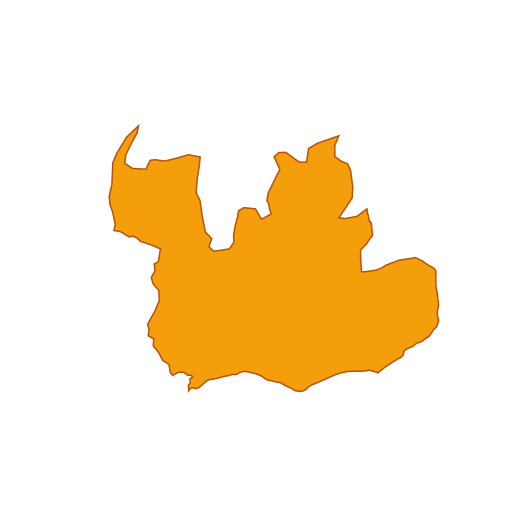 Maseru (Berea Distict), Berea, Lesotho (Equal Earth projection), rotated 228°
{"feature_id": "5366337B16311168562684", "entity_name": "Maseru (Berea Distict)", "entity_type": "district", "adm_level": 2, "iso_a3": "LSO", "parent_name": "Lesotho", "parent_adm1": "Berea", "projection": "equal_earth", "projection_center": [27.544, -29.28], "detail": "fine", "context": "isolated", "style": "filled", "palette": "amber", "viewbox_px": 512, "rotation_deg": 228, "n_neighbors": 0, "source": "geoboundaries", "source_scale": "gbopen_adm2", "svg_char_len": 4760}
<svg xmlns="http://www.w3.org/2000/svg" viewBox="0 0 512 512"><g transform="rotate(228 256 256)"><path d="M200.9,115.9L201.1,116.6L201.3,118.0L201.3,118.8L201.0,120.1L199.7,121.3L198.9,121.7L197.9,122.5L197.1,123.3L196.7,124.6L196.4,126.2L196.3,127.7L196.3,129.1L196.3,130.7L196.2,132.2L196.2,133.7L196.1,135.8L195.7,137.8L194.7,139.7L193.0,141.9L190.4,146.7L188.8,149.8L187.6,152.2L186.5,153.9L185.7,155.2L184.7,156.7L184.2,159.0L181.6,161.4L181.0,162.6L180.5,164.4L180.3,166.0L179.1,168.6L178.2,169.8L175.8,172.2L173.9,173.4L172.1,174.8L168.5,177.1L163.4,179.6L160.3,180.3L157.9,180.9L155.9,181.7L154.7,182.6L152.9,183.9L151.7,184.8L148.4,187.0L147.2,188.1L145.5,189.5L141.7,190.5L138.1,191.9L134.6,193.4L132.2,194.4L130.5,194.5L128.8,195.6L127.2,197.0L125.8,198.1L124.3,200.6L123.4,203.7L123.6,208.7L119.5,221.0L118.7,223.2L117.7,226.2L115.5,233.2L115.2,234.2L114.1,237.1L112.5,240.5L109.3,246.2L106.8,249.3L105.3,251.3L99.5,257.5L99.0,258.5L96.2,262.1L96.0,263.3L94.3,264.6L92.7,265.5L89.3,267.6L87.5,268.4L87.5,268.7L87.2,275.0L87.1,276.5L86.7,279.4L86.5,280.9L85.9,285.2L85.6,287.3L85.1,289.5L84.9,291.3L84.8,292.3L84.4,293.4L83.9,294.8L83.7,295.8L83.8,297.6L83.7,298.6L84.1,299.4L84.7,300.2L85.5,301.5L86.0,302.2L86.2,303.2L86.3,304.5L85.9,305.8L85.7,307.0L85.3,308.0L85.0,309.0L84.4,310.7L84.0,311.5L83.9,312.6L83.8,313.6L83.8,314.7L83.8,316.2L83.4,317.4L82.9,318.6L82.3,320.1L81.6,322.0L81.4,323.4L81.4,324.3L81.3,325.6L81.0,326.6L81.3,327.5L80.8,328.4L80.6,330.5L80.7,331.6L81.1,333.3L81.2,334.3L81.5,335.8L82.0,336.6L82.4,338.4L82.4,340.0L82.4,341.3L82.5,342.5L83.0,343.5L83.4,344.4L83.9,345.1L84.2,346.1L84.7,346.9L85.3,347.8L86.0,348.8L87.2,349.3L88.7,350.1L89.4,350.6L90.7,351.2L91.7,352.2L92.5,352.8L93.4,353.7L94.0,354.4L94.9,355.6L95.6,356.7L96.8,358.3L97.4,358.9L98.8,360.0L100.9,361.4L102.3,362.1L105.0,364.4L106.0,365.0L107.3,366.2L109.3,367.0L110.2,367.6L111.3,368.3L112.0,368.7L112.8,369.3L114.4,370.6L115.4,371.5L116.3,372.3L117.0,372.9L118.8,374.5L120.5,375.9L121.1,376.5L121.8,377.2L123.1,378.5L123.9,379.2L124.8,379.7L125.9,379.9L127.0,380.0L128.0,380.0L128.8,379.9L129.7,379.5L130.6,379.1L131.5,378.8L133.1,378.2L134.1,377.9L135.3,377.6L136.7,377.2L137.6,377.0L138.9,376.8L140.2,376.5L141.0,376.2L141.9,376.0L143.3,375.3L144.8,374.7L145.6,374.4L146.9,374.0L148.1,373.2L148.8,372.8L149.1,372.0L149.6,371.0L150.3,369.9L151.0,368.8L151.9,367.4L152.5,366.6L153.3,365.5L153.8,364.7L154.5,363.6L155.0,362.6L155.8,361.6L156.5,360.5L157.0,359.7L157.9,358.0L158.2,356.6L158.6,355.5L159.2,353.9L160.1,352.2L160.4,351.2L161.1,349.3L161.6,348.0L162.2,346.7L162.6,344.1L162.8,343.0L162.9,341.9L163.4,340.2L163.9,338.8L164.4,337.7L164.8,336.6L165.4,335.5L166.4,333.7L167.2,332.8L167.8,331.7L168.4,330.7L169.2,329.6L170.0,328.5L170.5,327.8L171.3,326.7L172.0,325.6L172.6,324.8L173.4,324.1L174.5,324.4L175.4,325.4L177.1,326.5L178.0,327.3L179.0,327.9L179.7,328.5L181.0,329.7L181.9,330.4L183.6,331.8L184.8,332.8L185.6,333.4L186.5,334.2L187.1,334.8L188.6,336.0L189.7,337.1L190.5,337.8L190.5,338.8L190.7,341.5L191.0,343.0L190.9,345.8L191.6,348.3L191.9,349.5L192.3,350.7L192.7,352.8L192.8,353.7L192.9,354.8L193.3,356.0L194.1,357.1L195.2,357.8L196.3,358.6L197.0,359.0L197.7,359.3L199.0,360.5L199.9,361.2L200.6,361.7L201.5,362.4L202.5,363.2L204.0,364.0L205.5,363.5L206.3,363.7L207.1,364.2L208.1,364.8L208.9,365.3L209.9,365.9L210.9,366.5L211.7,366.9L212.6,366.9L213.2,367.7L214.0,368.1L214.7,368.5L215.5,369.0L216.2,369.7L216.8,369.9L217.9,357.6L224.2,347.2L229.0,343.2L231.8,354.9L234.8,366.3L242.6,374.1L256.2,383.5L263.2,385.8L269.3,382.8L277.1,381.1L285.4,388.5L289.9,397.9L298.7,377.1L300.7,367.0L291.9,356.3L297.0,350.9L313.1,347.5L317.6,342.2L317.6,335.8L304.5,331.7L294.7,307.2L289.9,301.2L286.7,300.5L281.1,297.2L277.1,295.5L279.6,284.7L291.4,287.1L300.0,279.4L301.3,273.3L297.5,268.6L292.7,261.2L286.7,253.5L280.9,248.5L279.1,241.1L284.9,232.0L288.2,227.6L294.5,227.3L298.5,234.7L307.6,234.4L321.1,242.4L334.7,251.5L343.0,253.8L352.9,264.2L361.4,274.7L366.9,280.7L376.5,273.6L382.6,260.9L387.8,251.5L395.1,245.4L397.9,241.4L396.4,237.4L394.1,232.3L404.0,222.6L412.8,220.6L418.3,227.0L422.3,236.7L427.1,250.1L431.4,255.8L430.9,239.4L425.6,221.6L421.3,212.2L413.8,204.8L405.5,196.7L401.9,191.4L398.4,186.7L392.1,182.0L384.6,178.9L373.8,172.6L370.0,167.5L365.0,171.5L354.9,174.6L353.4,177.6L348.8,179.6L344.1,179.9L338.5,183.3L333.5,186.0L325.2,189.7L317.1,179.6L318.1,174.9L312.6,171.2L310.1,163.8L303.8,160.8L295.5,160.8L287.4,154.1L282.6,143.7L279.6,134.9L277.6,129.6L273.1,127.5L268.8,122.5L262.8,124.5L258.0,119.5L249.4,119.1L241.1,116.8L233.6,118.8L227.0,114.4L223.0,114.1L221.5,120.5L218.0,124.5L212.9,125.5L210.9,127.9L208.4,127.9L208.9,124.5L205.6,122.2L205.1,119.1L200.9,115.9Z" fill="#f59e0b" stroke="#b45309" stroke-width="1.5"/></g></svg>